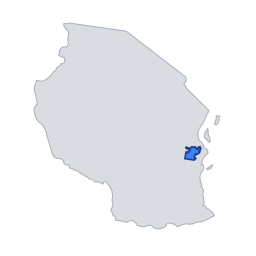 Kisarawe, Pwani, United Republic of Tanzania (highlighted), rotated 9°
{"feature_id": "72390352B52983476562666", "entity_name": "Kisarawe", "entity_type": "district", "adm_level": 2, "iso_a3": "TZA", "parent_name": "United Republic of Tanzania", "parent_adm1": "Pwani", "projection": "albers", "projection_center": [38.786, -7.182], "detail": "fine", "context": "in_parent", "style": "filled", "palette": "blue", "viewbox_px": 256, "rotation_deg": 9, "n_neighbors": 0, "source": "geoboundaries", "source_scale": "gbopen_adm2", "svg_char_len": 6881}
<svg xmlns="http://www.w3.org/2000/svg" viewBox="0 0 256 256"><g transform="rotate(9 128 128)"><path d="M94.1,182.7L91.2,181.2L88.6,180.4L86.4,179.4L85.4,178.4L83.4,178.0L81.7,177.9L80.1,177.0L76.8,176.7L76.4,176.0L76.3,174.7L75.7,174.3L74.5,174.0L73.2,174.0L72.4,174.2L72.0,174.1L70.9,173.3L69.9,172.3L69.5,170.7L68.0,169.7L66.2,168.8L61.4,169.0L60.6,168.8L59.4,168.0L58.1,166.6L57.0,165.1L56.0,162.9L54.9,160.1L49.2,148.7L48.6,146.5L47.4,144.1L45.6,141.2L43.7,139.0L41.1,137.1L38.1,135.2L36.5,133.9L33.4,128.5L32.8,126.0L32.2,123.4L32.4,122.3L34.2,118.9L34.4,117.9L34.1,116.7L33.2,114.0L31.9,110.7L29.4,104.8L29.0,103.3L29.1,102.2L30.3,96.1L30.3,95.3L35.9,95.3L39.9,92.6L43.4,88.6L44.1,86.9L45.5,84.3L46.9,83.0L47.5,82.2L48.2,79.6L50.1,77.9L51.9,76.5L51.5,75.6L51.7,75.2L52.7,74.6L54.6,73.9L55.0,72.6L55.0,71.1L54.6,70.2L54.7,69.3L54.4,68.7L53.1,68.6L51.2,67.9L49.6,67.6L48.5,67.2L48.1,66.9L48.0,66.0L48.8,63.7L47.9,62.8L49.8,58.9L50.1,58.4L50.9,58.3L52.0,57.9L53.0,57.7L53.9,57.8L54.5,57.7L55.0,57.2L55.5,55.9L55.8,53.7L55.6,52.0L54.8,50.6L54.5,48.6L54.8,45.8L54.5,43.5L53.6,41.6L52.6,40.5L51.2,40.0L48.9,37.3L48.2,35.9L48.3,35.0L49.1,34.7L50.5,34.8L51.8,34.4L53.1,33.6L54.3,33.4L54.9,33.5L111.2,32.7L177.0,68.6L177.3,69.0L177.8,72.2L177.7,73.2L176.7,75.0L176.4,76.0L176.4,76.6L176.7,76.9L177.5,77.0L178.3,77.4L178.5,77.8L179.1,79.1L179.8,79.8L204.7,97.7L205.2,97.9L204.9,99.4L203.5,103.1L203.4,104.6L202.8,106.4L202.3,107.5L200.9,112.7L199.7,114.6L198.0,119.1L197.8,122.5L198.7,124.9L199.0,127.2L200.9,129.4L202.4,130.2L203.5,131.2L205.3,133.5L206.3,135.8L209.6,136.9L210.9,139.5L210.4,141.3L208.9,142.8L207.5,145.2L206.3,148.3L206.3,153.2L207.1,152.4L208.8,153.6L209.0,157.2L207.2,161.3L206.7,163.2L206.6,164.9L207.9,169.8L209.8,172.3L209.7,173.1L209.2,173.8L212.5,178.2L212.2,182.1L213.5,185.1L214.0,187.7L214.9,189.7L215.0,191.1L214.0,192.7L216.4,193.0L217.9,194.3L218.5,195.5L220.3,195.5L221.2,196.3L222.6,197.0L225.6,199.0L226.5,200.0L227.0,201.0L218.6,207.3L215.6,208.9L213.4,209.7L211.1,210.1L208.9,211.1L206.9,212.6L204.2,213.4L201.0,213.4L197.6,214.5L192.3,217.8L189.2,216.0L186.8,215.4L184.0,215.5L182.3,215.7L181.7,216.1L181.1,217.2L180.7,219.0L178.8,220.8L175.6,222.5L172.7,223.1L170.0,222.7L168.1,222.0L167.2,221.0L165.8,220.6L163.9,220.7L162.1,221.4L160.4,222.7L157.7,223.3L154.0,223.1L152.0,222.5L151.7,221.4L150.0,220.2L147.0,218.7L144.8,218.7L143.4,220.1L142.1,221.0L141.0,221.4L139.9,221.4L138.4,221.0L134.3,220.9L130.3,221.0L129.9,219.0L129.1,217.7L128.4,217.0L127.1,216.8L126.7,216.3L126.2,215.0L125.5,213.9L124.6,213.0L124.1,212.2L123.9,211.5L124.0,210.6L124.8,208.5L125.1,207.1L125.0,205.6L124.5,204.1L123.6,202.3L123.7,201.8L123.4,200.6L123.3,199.7L123.5,198.7L123.3,197.3L122.5,194.3L122.5,193.5L121.6,192.1L119.0,188.7L118.8,188.2L114.7,184.8L113.1,184.1L112.5,184.7L112.3,185.3L112.4,186.4L112.3,187.0L112.2,187.2L111.2,187.2L110.6,187.1L109.0,186.2L107.8,186.0L104.8,186.2L103.8,186.4L103.0,186.2L101.3,184.6L99.5,184.3L97.8,184.3L95.0,182.5L94.1,182.7ZM210.1,124.4L211.4,128.2L211.2,128.9L210.3,129.3L209.8,129.4L209.2,128.8L208.8,127.5L208.0,127.8L206.8,126.2L205.6,126.2L204.5,124.3L204.9,122.7L204.7,120.0L206.0,118.6L206.7,116.3L207.6,117.9L207.8,120.4L208.9,123.3L210.1,124.4ZM216.7,101.8L216.8,102.7L216.5,103.5L216.5,106.2L216.4,108.0L215.4,110.5L214.6,111.3L213.8,111.1L213.2,110.7L212.8,110.0L213.7,105.5L213.2,102.1L215.2,102.4L216.7,101.8ZM213.8,156.6L212.9,156.8L212.5,156.6L211.9,155.8L212.9,155.2L213.9,154.0L216.2,152.2L217.3,150.7L217.1,152.1L215.8,155.2L214.7,155.4L213.8,156.6Z" fill="#d9dde1" stroke="#a8b0b8" stroke-width="1"/><path d="M203.3,136.8L203.0,136.8L202.8,136.8L202.5,136.7L202.4,136.5L202.3,136.4L202.2,136.3L202.2,136.2L202.3,136.2L202.3,135.8L202.1,135.7L202.2,135.3L201.9,135.3L201.4,135.3L201.2,135.6L200.9,135.6L200.7,135.8L200.7,136.0L200.4,136.3L200.4,136.6L200.5,136.6L200.5,136.8L200.5,137.2L200.5,137.3L200.4,137.4L200.5,137.6L200.7,138.0L200.8,138.1L200.6,138.0L200.4,138.0L199.1,138.0L199.1,137.7L199.1,137.2L198.5,137.2L198.4,137.6L197.9,137.3L198.0,136.9L198.0,136.7L197.9,136.4L197.7,136.2L197.6,136.5L196.7,136.5L196.4,136.6L196.2,136.7L195.8,136.5L195.5,136.5L194.8,136.5L194.7,136.5L194.5,136.8L194.4,137.0L194.1,137.2L193.9,136.8L193.7,136.8L193.6,137.0L193.4,137.2L193.5,137.2L193.4,137.3L193.5,137.4L193.5,137.5L193.4,137.5L193.4,137.4L193.3,137.5L193.2,137.8L193.3,137.8L193.2,137.8L193.2,138.0L193.1,138.3L193.1,138.2L193.1,138.4L192.9,138.5L192.7,138.6L192.4,138.6L191.9,138.5L191.7,138.5L191.3,138.2L191.0,138.1L190.9,138.1L190.5,138.4L190.4,138.5L190.2,138.2L189.9,138.0L189.7,137.9L189.3,137.8L189.1,137.7L188.7,137.7L188.6,137.8L188.4,137.8L188.4,138.0L188.2,138.3L188.3,138.4L188.4,138.5L188.4,138.8L188.5,138.8L188.7,138.7L188.8,138.6L189.0,138.7L189.0,138.8L189.1,139.0L189.3,139.3L189.5,139.3L189.9,139.4L190.0,139.3L190.4,139.3L190.5,139.4L190.7,139.5L190.9,139.6L191.0,139.5L191.3,139.6L191.5,139.5L192.0,139.5L192.5,139.5L192.6,139.8L192.6,140.0L192.5,139.9L192.5,140.0L192.4,140.0L192.2,140.2L192.2,140.3L192.3,140.4L192.2,140.5L192.0,140.8L192.0,141.0L191.9,141.2L191.8,141.3L191.8,141.2L191.7,141.2L191.6,141.3L191.6,141.5L191.4,141.6L191.5,141.7L191.4,141.8L191.3,142.0L191.2,142.1L191.3,142.2L191.2,142.3L191.0,142.5L191.0,142.4L190.9,142.5L190.9,142.4L190.9,142.5L190.8,142.4L190.6,142.4L190.6,142.5L190.6,142.4L190.5,142.5L190.6,142.4L190.4,142.3L190.2,142.3L190.2,142.5L189.9,142.7L189.7,142.7L189.8,142.8L189.7,142.8L189.5,143.0L189.4,143.1L189.5,143.2L189.4,143.2L189.4,143.3L189.4,143.2L189.3,143.3L189.2,143.4L189.2,143.5L189.0,143.8L188.9,143.9L189.0,144.8L188.9,145.2L189.0,145.9L188.9,146.3L188.9,146.5L189.0,147.2L189.0,148.2L188.9,148.3L189.0,148.7L188.9,149.4L191.0,149.4L192.3,149.4L192.5,149.4L194.5,149.4L194.9,149.4L195.2,149.4L196.0,149.4L196.8,149.4L197.1,149.4L198.2,149.4L198.3,149.4L198.4,149.0L198.8,148.9L198.9,148.6L198.7,148.5L198.6,148.3L198.5,148.1L198.8,147.9L199.1,147.9L199.3,147.8L199.6,147.8L199.8,147.8L199.9,147.6L199.7,147.5L199.5,147.1L199.2,147.1L199.1,146.9L198.9,146.8L198.6,146.8L198.2,146.8L198.1,146.5L198.1,146.0L198.1,144.9L198.3,144.3L198.4,143.7L198.5,143.5L198.8,143.7L198.8,143.8L199.0,143.8L199.2,144.0L199.3,144.0L199.5,143.8L199.4,143.6L199.5,143.1L199.5,142.9L199.7,143.0L199.8,143.0L200.0,143.0L200.2,142.9L200.3,142.7L200.3,142.8L200.5,142.7L200.5,142.8L200.6,142.7L200.8,142.7L201.0,142.6L201.3,142.5L201.3,142.3L201.4,142.2L201.5,142.2L201.7,141.9L201.8,141.9L202.1,141.7L202.3,141.5L202.3,141.4L202.5,141.3L202.6,141.2L202.5,140.8L202.5,140.6L202.6,140.3L202.7,140.2L202.4,140.0L202.4,139.9L202.5,139.8L202.4,139.6L202.2,139.8L201.9,140.0L201.9,139.9L201.7,139.7L201.9,139.5L202.1,139.5L202.4,139.3L202.3,139.1L202.6,138.7L202.4,138.7L202.4,138.4L202.6,138.3L202.6,138.1L202.8,138.0L202.8,137.8L202.8,137.7L203.0,137.7L203.1,137.2L203.3,136.9L203.3,136.8Z" fill="#3b82f6" stroke="#1e3a8a" stroke-width="1.5"/></g></svg>